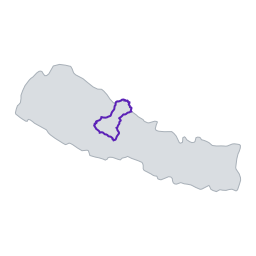 Dhawalagiri on a map of Nepal (Mercator projection)
{"feature_id": "NPL-1125", "entity_name": "Dhawalagiri", "entity_type": "Administrative Zone", "adm_level": 1, "iso_a3": "NPL", "parent_name": "Nepal", "parent_adm1": "", "projection": "mercator", "projection_center": [83.63, 28.648], "detail": "fine", "context": "in_parent", "style": "outline", "palette": "violet", "viewbox_px": 256, "rotation_deg": 0, "n_neighbors": 0, "source": "natural_earth", "source_scale": "10m", "svg_char_len": 4781}
<svg xmlns="http://www.w3.org/2000/svg" viewBox="0 0 256 256"><path d="M239.2,144.5L240.3,145.3L240.4,146.7L240.2,148.3L239.1,151.6L238.0,154.0L236.8,158.9L235.7,167.5L236.0,169.0L239.2,173.9L240.5,177.7L240.6,180.3L239.3,184.6L237.7,189.4L236.9,190.5L236.0,190.9L232.0,189.2L229.2,189.5L226.0,190.4L222.6,190.2L219.9,189.7L216.4,191.6L213.0,190.5L210.9,189.3L209.4,186.0L208.8,185.5L201.8,189.1L200.1,189.3L195.7,187.4L192.1,185.5L190.8,184.9L187.3,184.2L184.2,183.8L180.8,182.6L176.6,184.1L174.9,184.0L173.3,182.9L172.5,180.7L172.3,178.5L170.8,177.0L168.6,176.7L165.5,178.0L161.0,179.8L159.5,179.5L158.1,179.0L157.7,178.5L157.0,176.5L156.3,176.0L155.2,176.0L153.4,175.5L151.1,174.0L144.1,170.4L143.2,168.8L143.2,165.4L142.8,163.9L142.0,162.4L138.4,160.8L131.4,158.3L127.6,156.4L125.7,157.3L122.2,158.1L120.3,159.9L118.0,159.3L112.6,157.4L109.7,157.2L107.9,157.8L107.5,158.9L105.3,160.1L103.2,159.1L99.0,157.8L95.4,157.1L89.9,155.5L89.2,153.1L88.3,150.6L87.0,150.2L82.0,150.7L77.5,148.0L72.6,144.6L70.5,143.5L69.1,143.1L68.0,143.6L66.6,144.3L65.4,144.6L62.7,143.1L59.4,141.0L55.2,138.4L50.3,134.8L48.3,132.8L47.4,131.3L46.4,129.8L42.2,127.5L38.8,125.6L34.8,123.4L34.1,122.9L32.6,121.6L30.2,119.9L28.3,119.4L27.7,120.3L27.2,121.3L25.6,121.1L22.9,119.4L20.2,117.6L18.1,115.9L15.9,114.2L15.4,112.9L16.3,109.0L17.5,105.6L18.6,104.8L20.4,102.6L21.0,98.7L21.0,95.3L22.7,90.6L25.1,85.5L29.2,80.1L31.0,78.3L32.9,77.0L36.7,73.0L37.5,72.4L39.1,71.3L40.8,71.1L42.0,71.6L43.2,73.7L44.8,75.7L46.6,75.6L48.8,73.9L53.3,66.0L59.5,64.4L65.5,65.2L70.7,66.4L72.2,69.0L73.2,71.8L73.9,73.2L75.6,74.8L83.0,78.7L87.3,82.3L93.2,87.0L97.6,89.1L101.6,89.3L103.8,91.1L107.1,94.8L109.9,99.0L113.5,102.9L115.9,102.8L119.2,101.5L123.3,99.9L125.6,100.7L127.9,101.8L128.6,103.8L129.9,107.6L131.4,111.6L133.7,113.0L136.4,115.0L138.0,116.6L143.1,119.6L143.8,120.8L144.9,121.6L146.1,122.1L147.2,122.7L148.8,122.9L154.7,121.2L156.3,121.4L157.2,121.7L157.3,122.3L156.2,125.1L155.3,128.7L156.2,130.4L158.7,131.2L164.2,131.7L171.7,131.6L173.9,133.4L176.2,136.1L178.4,140.7L179.3,142.6L180.4,143.2L182.4,142.4L182.7,140.6L182.8,137.8L184.4,136.8L185.4,137.5L186.7,139.7L189.7,141.7L191.9,142.6L194.1,142.3L195.0,141.5L196.0,137.7L197.7,137.1L199.8,137.4L200.6,138.2L201.4,139.7L204.0,140.4L206.5,141.4L208.9,142.6L212.3,145.5L216.5,146.0L221.3,145.9L223.8,146.0L225.7,146.2L227.3,146.0L232.3,144.0L234.3,143.8L236.8,144.1L239.2,144.5Z" fill="#d9dde1" stroke="#a8b0b8" stroke-width="1"/><path d="M123.5,99.5L123.9,99.6L124.1,99.7L124.3,100.0L124.4,100.4L124.7,100.2L125.1,100.1L125.4,100.2L125.6,100.5L126.0,100.9L126.5,100.8L127.0,100.6L127.5,100.6L127.8,100.9L128.0,101.8L128.2,102.1L128.5,102.2L129.0,102.2L129.4,102.2L129.5,102.7L129.4,103.2L129.0,103.7L128.7,104.2L128.9,104.8L129.5,105.4L129.7,105.6L129.8,106.0L129.9,107.0L130.5,107.3L131.2,107.5L131.5,108.0L130.8,110.7L131.3,111.5L131.1,111.6L130.2,111.8L129.4,112.3L129.1,112.4L127.9,112.6L127.5,112.8L127.2,113.0L126.3,113.8L125.5,114.3L125.1,114.4L124.6,114.5L124.1,114.4L123.6,114.4L123.2,114.6L123.0,114.8L122.6,115.4L122.3,115.7L120.6,117.3L119.9,117.6L119.5,117.9L119.3,118.1L119.2,118.2L119.4,118.5L120.5,119.9L120.6,120.2L120.7,120.6L119.6,121.7L119.4,122.0L119.3,122.4L119.4,123.2L119.3,123.7L119.1,124.1L118.7,124.5L118.1,125.4L117.9,125.8L117.5,127.1L117.2,127.4L117.0,127.6L116.5,127.9L117.2,129.0L117.4,130.1L117.6,130.4L117.9,130.8L118.2,131.4L118.4,131.7L118.8,132.1L118.9,132.4L119.0,133.2L118.5,134.2L118.2,134.5L117.9,134.9L117.5,135.5L117.0,136.2L116.8,136.4L116.6,137.1L115.9,138.9L115.6,139.5L115.2,139.8L113.6,140.3L113.3,139.4L113.0,139.3L112.8,139.4L112.6,139.3L112.5,139.0L112.4,138.6L112.5,138.5L112.5,138.2L112.3,138.0L111.0,136.9L110.7,136.7L110.4,136.6L109.8,136.5L109.0,136.4L108.6,136.3L108.2,136.0L107.9,135.7L107.7,135.4L107.5,135.1L107.2,134.9L106.5,134.6L106.2,134.4L105.4,134.4L105.0,134.3L104.5,134.0L103.0,132.6L102.4,132.4L101.9,132.2L99.7,132.7L99.6,131.8L99.2,131.3L98.6,130.7L96.0,128.7L95.7,127.8L95.5,127.6L95.2,127.2L94.6,126.2L94.4,126.0L94.2,125.6L94.9,124.6L94.5,124.3L94.5,124.1L94.7,123.8L95.2,123.3L95.6,123.1L95.9,123.1L96.2,123.1L96.4,123.0L96.6,122.7L96.6,122.4L96.5,122.2L96.2,121.8L96.1,121.6L96.4,121.3L97.1,121.0L98.5,120.6L100.0,119.9L100.9,118.7L101.2,118.0L101.4,117.1L102.2,117.2L102.9,117.5L103.3,117.5L104.0,117.5L104.9,117.7L105.4,117.7L106.7,117.4L107.3,117.2L107.9,116.8L110.4,115.9L110.8,115.3L111.7,112.7L112.2,111.8L113.8,109.8L114.0,109.6L114.2,109.3L114.3,108.8L114.6,106.4L114.7,106.0L115.0,105.6L115.3,105.4L115.5,105.0L115.6,104.8L115.5,103.7L115.7,103.2L115.8,102.7L116.0,102.1L116.6,101.6L117.3,101.4L118.0,101.3L118.7,101.4L119.3,101.3L120.5,100.7L121.2,100.5L121.4,100.4L121.6,100.0L121.8,99.8L122.7,99.6L123.2,99.5L123.5,99.5Z" fill="none" stroke="#5b21b6" stroke-width="2"/></svg>